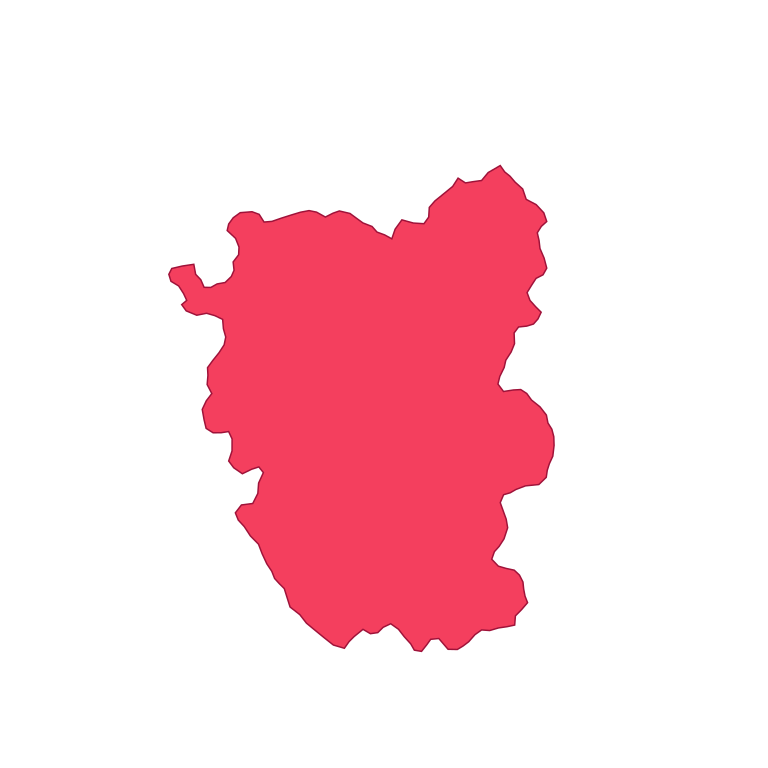 outline of Matipó, Minas Gerais, Brazil, rotated 303°
{"feature_id": "56859067B68269695740740", "entity_name": "Matipó", "entity_type": "district", "adm_level": 2, "iso_a3": "BRA", "parent_name": "Brazil", "parent_adm1": "Minas Gerais", "projection": "mercator", "projection_center": [-42.313, -20.304], "detail": "fine", "context": "isolated", "style": "filled", "palette": "rose", "viewbox_px": 768, "rotation_deg": 303, "n_neighbors": 0, "source": "geoboundaries", "source_scale": "gbopen_adm2", "svg_char_len": 2655}
<svg xmlns="http://www.w3.org/2000/svg" viewBox="0 0 768 768"><g transform="rotate(303 384 384)"><path d="M140.8,494.7L148.9,495.0L155.9,496.5L166.8,500.0L167.2,508.6L172.1,514.2L179.5,515.8L186.6,520.2L186.2,529.7L183.1,538.6L180.6,548.0L177.3,554.4L180.2,561.1L188.7,561.9L195.3,562.2L200.4,568.6L196.4,582.2L201.3,590.1L207.3,593.0L213.9,595.4L223.3,596.8L230.9,599.8L234.8,606.9L241.8,612.9L247.5,619.4L253.0,624.9L261.1,620.5L269.9,622.3L278.8,623.5L282.9,617.8L288.0,612.9L293.6,608.4L297.5,601.7L298.8,594.6L295.9,587.0L293.5,579.1L295.7,569.8L303.5,567.9L310.5,569.0L319.5,569.0L330.8,566.0L337.2,560.1L341.8,554.0L347.8,546.1L356.3,544.6L361.5,549.1L367.4,552.1L375.6,558.1L384.0,568.6L394.1,570.9L400.6,567.9L407.2,566.1L415.4,564.9L425.1,560.1L432.3,555.1L437.5,549.4L440.6,542.7L446.4,537.1L449.8,527.3L450.9,516.4L453.8,508.9L453.8,501.7L449.4,495.7L442.8,488.3L446.0,479.6L453.4,477.0L463.3,475.8L470.3,473.2L480.1,473.2L488.9,471.5L497.7,465.3L505.1,465.8L510.3,472.2L515.7,476.7L522.4,477.7L529.8,476.7L531.4,469.1L533.6,460.9L538.6,454.2L547.1,454.0L555.4,454.0L562.2,457.9L569.8,457.4L576.8,449.7L582.6,441.0L588.9,435.8L594.3,430.2L601.9,430.1L608.9,432.0L614.6,424.8L617.3,414.0L616.3,402.7L623.1,394.1L624.7,384.0L626.9,376.5L627.6,369.7L630.5,362.5L618.1,356.2L607.8,355.0L602.3,348.6L597.0,342.8L597.0,334.0L587.1,334.0L575.2,330.2L565.3,327.0L556.8,325.8L548.3,330.6L540.2,330.2L535.0,321.0L531.4,309.6L519.9,309.0L510.0,311.5L509.4,303.3L507.6,295.4L509.6,288.2L507.6,278.6L508.0,271.0L508.5,262.6L504.8,252.3L499.5,248.2L492.1,243.9L491.4,233.8L488.6,226.7L482.6,220.4L475.5,214.4L467.1,207.5L459.4,201.5L454.5,195.2L458.3,186.9L456.6,179.5L449.4,170.1L441.3,167.0L433.6,166.6L427.3,168.9L425.3,180.2L419.9,187.8L413.2,191.7L404.2,191.0L397.7,196.3L391.0,197.4L382.6,195.5L377.0,189.5L370.7,186.2L367.1,180.5L371.7,173.5L373.4,166.3L380.8,159.3L373.0,150.5L365.3,143.1L358.8,143.8L354.1,149.4L354.4,158.4L350.7,166.6L346.7,173.0L340.4,171.1L337.6,178.3L339.7,189.5L346.7,196.7L349.2,204.9L350.3,213.5L342.9,219.2L337.2,225.7L329.8,228.6L320.4,228.6L310.5,227.6L301.6,227.1L295.4,231.6L287.2,236.0L282.2,244.8L273.2,244.1L263.7,245.4L255.9,252.7L249.9,259.0L250.0,267.2L254.4,273.9L259.5,279.6L255.2,286.5L245.1,293.0L234.8,295.7L231.9,303.6L231.6,314.1L240.4,319.4L246.3,324.2L244.0,331.1L232.6,332.8L223.5,337.8L212.3,339.0L204.9,330.3L195.0,329.5L190.5,335.9L188.3,344.5L183.8,354.7L181.3,366.0L175.3,374.2L169.4,383.6L165.8,391.9L161.3,398.2L159.5,405.1L158.1,411.8L152.3,418.8L145.8,426.7L144.7,439.1L141.2,449.2L140.0,459.5L138.6,472.2L137.5,483.7L140.8,494.7Z" fill="#f43f5e" stroke="#9f1239" stroke-width="1.5"/></g></svg>